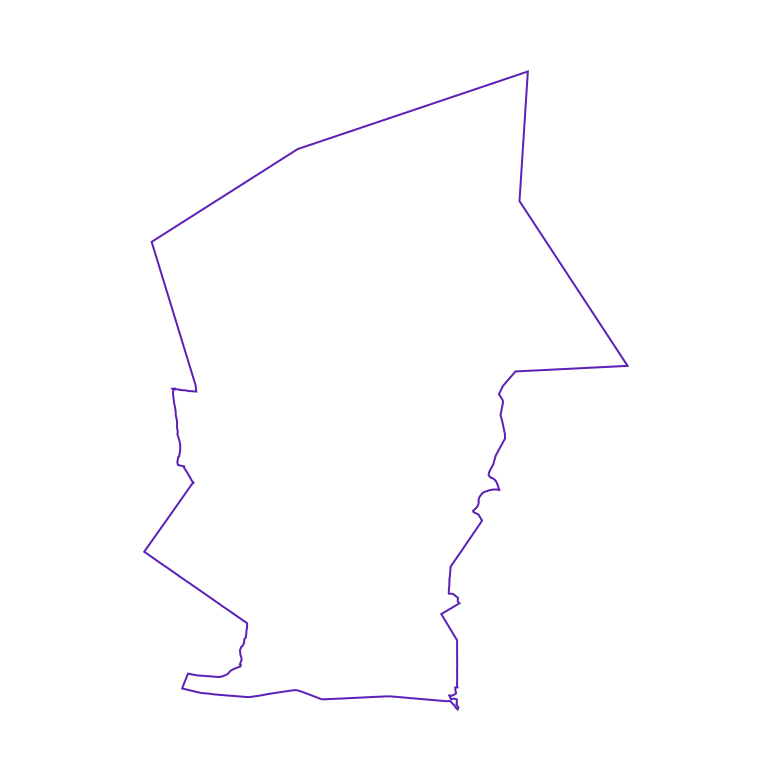 outline of Waterland, Noord-Holland, Netherlands, rotated 274°
{"feature_id": "6326949B46441940402531", "entity_name": "Waterland", "entity_type": "district", "adm_level": 2, "iso_a3": "NLD", "parent_name": "Netherlands", "parent_adm1": "Noord-Holland", "projection": "albers", "projection_center": [4.995, 52.443], "detail": "fine", "context": "isolated", "style": "outline", "palette": "violet", "viewbox_px": 768, "rotation_deg": 274, "n_neighbors": 0, "source": "geoboundaries", "source_scale": "gbopen_adm2", "svg_char_len": 5755}
<svg xmlns="http://www.w3.org/2000/svg" viewBox="0 0 768 768"><g transform="rotate(274 384 384)"><path d="M509.6,142.3L369.7,196.1L363.4,197.2L363.4,196.8L363.3,196.2L363.3,195.5L363.3,195.3L363.4,194.6L363.4,193.4L363.4,191.2L363.4,190.7L363.4,190.4L363.3,189.8L363.4,189.5L363.4,189.3L363.5,188.2L363.7,187.9L363.8,187.5L363.8,187.2L363.8,186.4L363.8,185.8L363.8,185.1L363.8,183.5L363.7,183.1L363.8,181.6L363.8,181.2L364.0,181.1L364.1,180.5L364.2,180.0L364.1,179.6L364.1,179.4L364.2,178.8L364.2,178.4L364.2,177.7L364.3,177.2L364.2,176.8L364.2,176.6L364.1,176.3L364.1,175.8L364.8,175.8L364.6,173.8L364.5,173.2L364.3,173.4L364.2,173.5L363.8,174.0L363.7,174.0L363.1,174.2L362.9,174.2L360.3,174.1L356.6,174.7L354.8,175.1L351.4,175.8L349.2,176.2L346.6,177.1L344.4,177.5L343.1,177.9L338.1,178.5L333.7,179.8L332.5,180.1L331.1,180.2L328.1,180.3L325.1,180.8L322.4,181.5L321.4,181.7L320.1,181.3L319.9,181.3L313.0,183.9L309.3,184.9L307.4,185.1L304.5,185.2L302.1,185.3L301.7,185.1L300.3,185.0L298.4,184.7L298.1,184.8L297.2,184.5L296.7,183.8L291.3,183.3L288.8,184.2L287.9,189.5L287.8,190.5L286.6,190.4L286.5,190.5L284.6,191.8L282.9,193.2L282.2,193.7L279.0,195.8L277.6,196.8L275.6,198.1L274.1,199.0L271.7,201.5L272.1,200.2L270.6,199.3L233.8,177.1L229.5,174.5L229.1,174.2L199.9,156.5L198.3,159.3L196.0,163.0L195.2,164.5L194.2,165.9L194.0,166.5L191.6,170.4L190.0,173.0L184.5,182.5L182.4,185.9L179.1,191.5L177.1,194.5L176.9,195.0L173.9,200.1L171.3,204.6L168.9,208.6L161.8,220.5L161.7,220.6L161.6,220.8L160.1,223.4L156.2,229.9L152.3,236.4L151.1,238.3L150.3,239.7L149.6,240.8L149.3,241.5L147.9,243.8L142.9,252.3L138.5,259.6L137.8,260.6L137.6,261.3L136.5,263.0L135.9,264.0L135.3,264.2L133.1,264.3L130.6,264.4L129.4,263.9L129.1,263.9L127.3,264.1L124.9,264.1L123.9,263.7L122.8,263.9L121.9,263.9L121.0,263.5L119.7,262.5L118.1,262.5L117.2,262.4L116.1,262.6L115.3,262.0L113.1,261.5L111.6,259.8L108.2,258.9L107.6,259.0L103.7,259.7L101.4,260.7L100.8,260.9L99.5,261.1L98.8,261.1L94.3,259.8L93.9,260.4L93.8,260.7L93.3,260.5L92.2,260.5L92.0,260.3L91.4,258.6L89.8,255.2L89.3,254.2L88.8,253.3L87.3,251.1L87.1,250.7L86.7,250.4L84.9,249.2L83.8,248.3L83.7,248.2L83.4,247.7L81.3,243.8L81.0,242.8L80.5,241.2L80.4,240.7L80.2,239.7L80.2,236.1L80.3,221.0L80.2,218.0L80.3,217.3L80.7,214.9L80.7,214.1L81.0,211.9L81.4,208.7L75.0,206.6L67.9,204.4L66.1,204.0L65.6,207.6L63.3,221.2L63.0,223.3L63.0,223.8L63.0,225.8L62.9,230.8L62.5,237.3L62.3,254.9L62.2,268.6L62.2,270.8L63.0,275.1L64.7,282.6L66.7,290.3L67.5,293.8L68.2,296.8L71.8,313.1L72.1,314.7L72.4,316.4L72.4,318.0L72.3,319.3L72.1,320.2L71.9,321.2L69.1,330.9L66.9,338.0L65.4,342.9L65.2,343.8L65.1,344.4L67.3,363.8L68.7,375.4L69.8,384.8L71.3,397.0L71.8,402.1L72.4,406.8L72.7,410.2L72.8,411.3L72.9,413.5L72.8,414.6L72.7,422.5L72.6,429.1L72.4,433.0L72.5,434.7L72.4,438.9L72.2,451.5L72.0,461.3L72.0,465.8L71.9,468.4L72.3,471.2L71.8,472.9L69.2,475.4L68.3,476.6L65.8,478.5L65.3,479.1L64.5,480.2L66.5,480.8L66.8,480.5L68.3,479.4L69.7,478.6L69.9,478.8L70.0,478.9L74.5,478.6L74.6,478.3L74.9,476.4L74.9,475.9L74.9,475.4L74.8,474.6L74.6,474.1L74.5,473.8L74.1,472.8L74.6,472.5L74.8,472.5L75.6,472.1L77.9,470.8L78.1,471.1L77.2,471.7L77.5,472.7L77.8,473.2L78.2,474.1L78.7,475.0L78.9,475.4L79.2,475.8L80.2,477.3L80.3,477.4L80.7,477.4L81.5,477.3L82.0,477.1L82.7,476.8L83.2,476.6L83.8,476.5L84.5,476.4L84.8,476.4L85.2,476.5L86.3,476.3L86.5,478.5L87.3,478.1L87.6,478.0L89.9,477.8L94.0,477.6L94.6,477.5L95.2,477.5L98.2,477.3L103.0,476.9L107.2,476.7L108.0,476.6L110.5,476.5L111.4,476.4L112.9,476.3L113.0,476.2L115.4,476.1L116.2,476.0L118.6,475.9L119.2,475.8L121.3,475.6L123.0,475.5L124.7,475.5L125.0,475.4L125.4,475.3L127.2,475.3L127.7,475.2L128.4,475.1L130.6,475.0L131.5,474.9L133.4,474.8L133.6,474.7L133.8,474.5L134.7,473.9L136.1,472.9L136.5,472.6L139.2,470.7L140.1,470.1L140.4,469.9L140.6,469.8L140.9,469.6L141.6,469.0L142.2,468.7L142.6,468.3L144.0,467.4L144.3,467.1L145.2,466.5L146.5,465.6L146.8,465.4L147.4,465.1L147.8,464.7L149.3,463.7L149.8,463.3L151.1,462.4L152.4,461.5L153.9,460.3L155.5,459.4L155.8,459.1L157.1,458.1L158.5,457.2L164.1,465.3L169.1,472.6L170.6,474.6L171.6,473.4L172.1,472.8L172.4,472.7L175.2,472.7L175.7,472.7L176.0,472.5L176.2,472.2L177.2,470.7L178.2,469.2L178.9,468.1L179.4,467.4L179.5,467.1L179.5,466.9L179.5,466.0L179.3,464.3L179.3,463.8L179.6,462.7L179.6,462.8L179.7,463.1L182.1,463.2L182.5,463.0L184.2,463.1L185.3,463.1L187.7,463.3L188.6,463.1L189.9,463.0L190.4,463.0L190.6,463.1L192.3,463.1L192.5,463.1L192.9,463.0L193.1,462.8L193.4,462.9L197.2,463.1L202.8,463.2L203.2,463.2L203.9,463.1L205.3,463.2L205.7,463.1L205.8,463.1L207.3,463.7L208.5,464.4L217.1,469.5L221.5,472.1L222.3,472.6L223.9,473.5L225.2,474.3L226.8,475.2L227.9,475.8L229.5,476.8L231.1,477.7L232.9,478.8L233.0,478.8L234.0,479.4L238.1,481.8L238.9,482.3L242.3,484.2L243.1,484.8L245.2,486.0L245.5,486.2L245.8,486.3L246.4,486.6L249.3,488.4L254.5,491.3L255.0,491.0L255.3,491.0L255.6,490.6L256.7,489.9L257.5,489.3L259.1,488.2L259.8,487.8L260.2,487.6L260.4,487.3L260.6,486.9L262.4,482.4L262.8,482.1L263.1,481.9L263.7,481.7L264.5,482.4L265.7,483.7L268.0,485.5L268.9,485.9L270.9,486.6L272.6,486.8L274.5,486.4L275.7,486.6L276.9,486.8L278.0,487.2L278.9,487.7L281.9,489.7L282.8,490.8L283.5,492.2L285.0,495.7L285.6,497.3L286.2,499.5L286.4,501.1L286.5,502.1L286.6,503.9L286.4,506.4L293.0,503.6L295.7,501.8L297.3,499.6L298.2,496.8L299.2,495.7L299.9,495.1L300.4,494.8L301.1,494.7L302.1,494.8L303.3,495.1L304.8,495.6L306.2,496.2L311.6,498.7L315.2,499.3L320.3,500.4L324.1,502.1L338.1,508.6L342.8,508.0L354.0,504.9L361.2,502.4L372.9,503.9L374.1,504.0L375.9,503.6L377.2,502.8L379.1,501.4L380.3,500.6L381.8,499.3L388.7,502.2L389.6,502.3L394.0,505.5L405.7,514.3L419.1,625.7L575.9,506.4L705.8,505.7L652.6,378.1L612.4,281.6L509.6,142.3Z" fill="none" stroke="#5b21b6" stroke-width="2"/></g></svg>